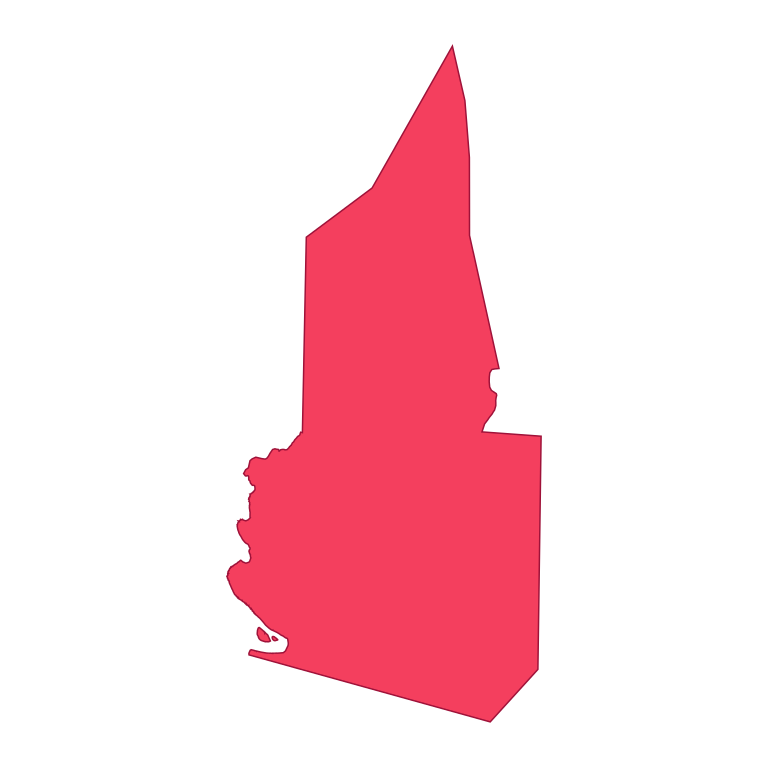 Mappi, Papua, Indonesia
{"feature_id": "22746128B63262525003276", "entity_name": "Mappi", "entity_type": "district", "adm_level": 2, "iso_a3": "IDN", "parent_name": "Indonesia", "parent_adm1": "Papua", "projection": "equal_earth", "projection_center": [138.756, -6.247], "detail": "fine", "context": "isolated", "style": "filled", "palette": "rose", "viewbox_px": 768, "rotation_deg": 0, "n_neighbors": 0, "source": "geoboundaries", "source_scale": "gbopen_adm2", "svg_char_len": 5929}
<svg xmlns="http://www.w3.org/2000/svg" viewBox="0 0 768 768"><path d="M243.6,473.6L245.4,475.9L246.4,476.0L247.7,475.6L248.0,475.7L248.5,476.2L248.7,477.3L248.7,479.0L248.8,479.9L249.2,480.4L249.8,480.9L250.0,481.1L250.2,482.3L250.6,483.3L251.4,484.0L251.4,484.4L251.7,484.7L252.4,485.3L253.5,485.3L254.5,485.6L254.8,486.5L255.0,488.0L255.0,489.4L254.7,490.3L254.3,490.5L254.0,491.2L253.7,491.4L253.7,491.6L253.2,491.9L253.1,492.3L252.7,492.3L252.5,492.7L252.0,492.9L251.7,493.3L251.2,493.4L250.9,493.8L250.7,493.9L250.5,494.4L250.3,494.2L250.1,494.2L250.4,494.6L250.3,494.8L250.1,495.0L250.2,495.3L250.0,495.7L250.1,496.1L249.8,496.2L249.6,496.6L249.7,497.0L249.4,497.4L249.5,497.7L248.7,498.1L248.7,498.3L248.8,498.6L248.6,499.5L249.1,499.8L249.2,500.2L249.1,501.0L249.2,501.4L249.0,501.5L249.6,502.3L249.7,502.9L249.6,503.4L249.7,504.1L249.6,504.4L249.8,504.8L249.6,505.1L249.6,505.3L249.4,505.5L249.5,506.2L249.4,506.7L249.4,508.0L249.7,509.9L249.9,511.5L250.0,511.8L250.1,512.2L250.0,516.4L250.1,517.5L250.3,517.7L248.3,519.7L246.5,520.6L245.5,520.8L243.1,520.0L242.6,519.3L242.3,519.5L242.2,519.4L241.1,519.7L241.0,519.8L240.7,519.7L240.7,520.1L240.4,520.1L240.3,519.9L240.2,520.2L240.1,520.4L239.4,520.8L239.4,521.2L239.2,521.0L238.9,521.1L238.4,521.0L238.7,521.4L238.7,521.6L238.4,521.7L238.2,522.2L238.3,522.3L237.9,522.8L237.9,523.0L237.5,524.2L237.5,524.7L237.2,524.8L237.4,525.2L237.2,525.5L237.3,526.1L237.2,526.4L237.3,526.7L237.5,528.1L237.6,528.4L237.9,529.9L238.8,532.2L238.8,532.6L239.9,534.9L240.9,536.3L242.2,538.8L242.9,539.9L244.9,542.3L246.2,543.4L247.8,544.1L248.6,545.2L249.5,547.4L250.1,548.0L250.0,549.1L249.4,549.8L249.3,550.7L249.1,550.7L249.0,551.5L249.5,553.1L249.7,553.3L249.6,553.5L250.1,554.4L250.2,554.8L250.4,554.9L250.3,555.2L250.6,557.3L250.9,557.8L249.7,561.2L248.9,562.2L245.8,563.2L243.7,562.2L243.3,562.3L240.9,560.3L240.5,560.3L239.0,561.7L238.3,562.0L238.1,562.3L237.6,562.5L237.1,563.2L236.7,563.5L236.1,563.9L235.8,563.9L235.5,564.2L235.1,564.3L234.1,565.1L233.6,565.3L233.1,565.9L232.5,566.1L232.5,566.3L232.2,566.2L232.0,566.3L231.7,566.7L231.3,566.9L231.4,567.2L231.3,567.3L230.9,567.1L230.9,567.4L230.3,567.7L230.2,568.4L229.6,568.7L229.5,569.3L229.2,569.7L229.2,570.1L228.8,570.4L228.9,570.7L228.3,571.2L228.4,571.4L228.2,571.6L228.2,571.8L228.0,572.0L228.1,572.3L227.8,573.1L228.4,573.3L228.6,573.5L227.8,574.1L227.9,574.4L227.7,574.7L227.8,575.5L227.1,575.9L227.1,576.3L226.9,576.6L227.3,577.1L227.4,577.4L227.4,577.9L227.6,578.0L227.6,578.4L227.9,578.7L227.9,579.1L228.1,579.6L228.1,579.9L228.4,580.0L228.4,580.3L228.7,580.5L228.7,580.8L229.3,581.3L229.2,581.7L229.3,582.9L229.6,583.3L229.9,584.2L230.4,585.2L232.0,589.0L232.6,590.0L233.3,591.8L234.2,593.4L234.2,593.7L235.2,595.0L236.0,595.4L236.3,595.9L236.2,596.1L236.3,596.2L237.1,596.7L236.9,596.7L237.0,596.9L237.3,597.3L237.5,597.7L237.8,597.9L238.1,597.9L238.2,597.4L238.3,597.4L238.4,597.6L238.3,598.5L241.6,600.4L242.1,600.4L242.0,600.7L242.1,601.0L242.8,601.5L244.4,602.4L244.8,602.5L244.7,602.9L244.8,603.1L245.9,604.1L246.2,604.1L246.1,604.4L246.3,604.6L246.4,604.2L246.5,604.4L247.2,604.8L247.8,605.5L248.1,605.6L248.6,605.5L248.4,606.0L249.7,607.4L250.2,608.2L250.7,608.4L251.0,608.2L251.3,608.5L250.9,609.1L251.4,609.3L251.5,609.6L251.9,609.7L252.0,610.0L252.4,610.2L252.6,610.7L252.4,611.0L253.1,611.6L253.1,611.4L253.4,611.6L253.4,611.8L253.8,612.1L253.8,612.5L254.1,612.6L254.1,613.2L254.8,613.9L255.1,613.9L255.1,614.1L255.3,614.3L255.8,614.7L255.9,614.9L257.7,616.2L257.9,616.6L258.9,617.5L259.4,617.8L262.8,621.6L265.6,625.1L269.2,628.3L271.3,629.8L272.7,630.4L272.9,630.2L273.0,630.5L277.0,632.4L279.6,634.0L280.4,634.7L281.6,635.4L282.5,635.8L282.6,635.7L285.2,637.6L286.1,638.1L286.3,638.0L287.2,638.4L287.7,639.2L288.3,643.1L288.1,645.4L285.5,650.9L283.3,652.7L278.7,653.1L278.4,653.1L276.8,653.2L276.7,653.1L275.1,653.2L274.9,653.3L274.8,653.6L274.8,653.3L274.5,653.2L272.7,653.2L272.7,653.4L270.4,653.2L270.3,653.4L270.3,653.2L269.0,653.2L268.8,653.3L268.8,653.6L268.7,653.2L266.2,653.0L260.5,652.0L259.1,651.6L258.6,651.6L258.2,651.4L256.8,651.1L256.6,651.3L256.5,651.1L255.9,650.9L254.9,650.8L254.7,650.6L254.4,650.5L254.0,650.4L251.1,649.7L250.8,650.1L250.2,650.3L249.4,652.0L248.9,653.3L249.0,654.9L490.2,721.9L537.9,669.4L541.1,436.2L482.0,431.9L484.6,423.9L487.6,420.0L489.4,417.3L492.1,414.0L493.4,411.7L494.5,410.2L495.8,405.7L495.8,402.4L495.7,400.7L496.1,397.6L496.7,395.3L496.3,393.7L491.4,390.4L489.7,387.1L489.2,381.7L489.3,377.1L489.8,372.8L491.8,369.5L494.9,368.9L499.0,368.5L473.2,251.9L473.1,251.7L469.5,235.4L469.4,157.5L464.9,100.6L452.4,46.1L395.1,147.4L395.1,147.5L372.1,188.0L306.3,237.2L302.4,432.6L300.7,432.2L300.2,433.4L300.0,434.5L299.6,435.2L298.6,436.0L298.0,436.2L297.2,437.0L296.6,437.9L294.7,439.9L293.6,441.9L292.4,442.8L291.2,445.3L290.8,445.4L290.4,446.0L289.5,446.7L289.3,447.2L288.4,448.3L287.1,449.6L285.0,449.9L284.0,449.4L282.3,449.4L280.5,449.8L280.0,450.4L279.3,451.1L278.9,451.0L278.9,450.1L278.3,449.4L276.9,449.3L274.9,448.8L272.6,449.5L270.0,453.3L268.4,456.3L266.7,458.4L265.2,459.1L261.7,458.6L255.8,457.2L252.1,458.9L250.0,460.7L248.4,467.8L245.6,469.8L243.6,473.6ZM259.8,627.9L259.1,627.5L258.6,627.7L258.1,628.3L257.9,629.0L257.5,630.2L257.2,633.3L257.3,634.6L258.5,636.9L258.4,637.2L259.1,638.7L260.3,639.9L261.3,640.5L264.7,641.6L265.7,641.8L265.9,641.7L268.5,641.8L269.5,641.5L270.4,641.0L270.3,640.7L269.6,639.3L269.5,638.9L268.8,637.5L268.2,636.0L267.7,635.0L267.2,634.4L266.1,633.7L266.0,633.4L265.8,633.3L265.7,633.5L265.7,633.2L265.1,632.5L264.9,632.8L264.9,632.5L264.5,632.4L264.3,632.2L264.6,632.4L264.9,632.4L264.0,631.4L263.8,631.4L263.8,631.2L263.0,630.7L262.7,630.3L261.0,628.9L259.8,627.9ZM275.1,640.7L277.6,640.0L277.7,639.6L275.8,637.9L274.7,637.2L274.5,636.9L273.3,636.5L272.8,636.5L272.2,637.0L272.2,638.0L272.4,638.2L272.6,639.1L273.2,639.9L274.2,640.6L275.1,640.7Z" fill="#f43f5e" stroke="#9f1239" stroke-width="1.5"/></svg>